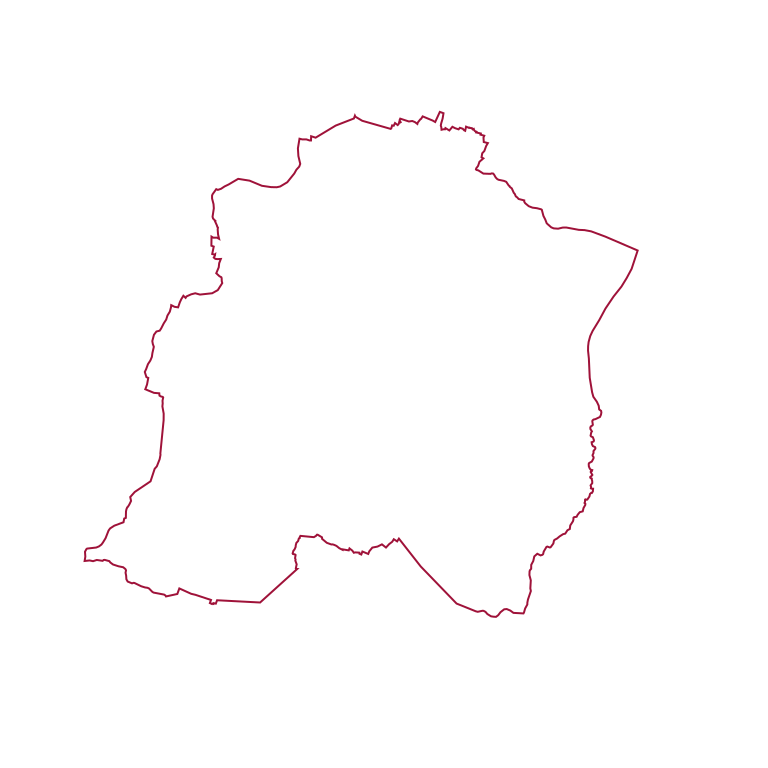 outline of Kae Dam, Maha Sarakham, Thailand, rotated 20°
{"feature_id": "78962969B5401688500865", "entity_name": "Kae Dam", "entity_type": "district", "adm_level": 2, "iso_a3": "THA", "parent_name": "Thailand", "parent_adm1": "Maha Sarakham", "projection": "robinson", "projection_center": [103.406, 16.054], "detail": "fine", "context": "isolated", "style": "outline", "palette": "rose", "viewbox_px": 768, "rotation_deg": 20, "n_neighbors": 0, "source": "geoboundaries", "source_scale": "gbopen_adm2", "svg_char_len": 6165}
<svg xmlns="http://www.w3.org/2000/svg" viewBox="0 0 768 768"><g transform="rotate(20 384 384)"><path d="M576.7,171.8L541.6,169.8L526.5,169.7L519.8,170.8L514.4,172.5L501.8,174.6L498.4,175.9L494.5,178.5L490.3,179.7L487.6,179.6L482.0,177.4L479.3,174.3L476.3,171.5L472.7,166.3L471.9,166.1L467.6,166.5L463.2,167.5L459.2,167.4L454.8,165.8L453.4,164.7L453.0,163.5L447.2,164.1L445.4,163.1L443.7,162.6L441.8,160.6L440.6,160.0L437.2,156.5L434.8,155.7L434.3,155.1L433.4,154.9L429.7,152.2L427.3,152.1L421.8,152.9L420.3,152.7L418.3,151.7L415.7,149.5L414.5,148.9L412.9,149.4L412.2,150.1L405.4,152.3L399.6,151.0L397.7,151.2L397.0,150.9L396.9,149.8L397.8,146.9L397.7,142.5L400.2,138.0L398.1,137.6L397.4,133.6L398.6,130.7L398.6,125.4L399.2,122.1L395.0,122.5L393.2,118.4L393.3,116.4L389.4,116.7L389.3,115.5L384.6,116.1L384.6,115.3L383.1,115.3L381.8,114.6L381.1,113.6L380.5,114.2L380.3,113.9L379.7,114.1L379.1,113.5L376.5,114.2L376.4,113.9L375.1,114.2L373.1,114.1L373.7,118.3L372.6,118.2L370.7,117.2L367.7,117.3L367.0,119.2L363.3,119.3L360.3,118.9L358.7,123.4L354.2,122.5L354.2,123.8L352.8,124.3L351.1,125.4L349.9,122.9L349.0,121.8L348.6,119.5L348.3,114.6L347.3,109.2L343.4,109.2L342.5,120.3L339.6,119.8L328.8,119.3L328.2,122.1L327.6,122.9L326.3,126.8L326.4,128.2L323.4,127.3L320.6,127.2L317.6,128.8L308.5,129.1L308.4,130.8L310.1,132.3L309.7,132.8L308.7,132.8L308.9,134.4L308.3,136.0L305.1,135.0L304.8,138.0L303.2,138.2L303.4,141.4L303.0,142.0L273.5,144.1L265.7,142.6L264.9,141.8L264.9,144.8L250.2,157.7L235.5,175.9L230.8,176.1L232.1,180.1L230.7,180.6L227.5,180.7L223.6,182.1L220.7,182.4L222.5,192.0L225.6,199.1L230.0,205.8L230.0,208.7L228.4,212.6L227.7,216.9L224.1,227.5L218.9,233.9L215.9,235.8L210.6,237.6L201.5,239.5L188.1,238.9L176.8,241.1L169.8,249.6L166.6,252.9L164.1,256.3L161.5,258.4L159.7,258.3L158.0,264.4L158.0,265.8L159.0,268.5L162.3,273.3L164.0,277.1L165.7,285.5L166.8,287.0L169.1,288.1L168.9,288.2L172.9,292.3L173.5,293.3L174.4,293.7L174.9,295.8L176.9,300.2L179.4,304.0L177.1,303.6L173.5,304.9L171.5,304.5L174.5,313.1L177.0,313.1L178.1,320.6L180.5,320.4L180.9,319.8L181.2,321.2L180.8,323.4L182.7,324.1L184.8,323.6L187.9,322.3L187.8,326.8L188.8,330.9L188.5,337.3L192.5,339.0L194.6,339.3L195.2,340.0L196.4,342.9L197.5,344.5L195.7,352.6L191.5,357.5L180.5,362.9L175.6,363.3L172.1,365.7L168.5,369.2L168.1,370.9L165.3,369.7L164.5,373.6L164.2,377.1L164.3,382.4L160.8,383.1L157.1,382.7L157.6,384.7L158.0,389.3L157.1,393.7L157.3,397.9L156.3,402.3L155.6,408.0L155.0,410.6L152.2,412.5L151.0,416.4L151.6,422.9L153.1,425.5L155.0,427.8L155.8,434.2L156.6,437.9L156.4,441.9L155.4,446.1L155.4,451.4L155.1,454.5L158.4,458.8L160.4,458.9L161.5,465.5L161.5,470.6L170.9,471.0L176.0,469.6L177.0,471.7L178.7,472.0L180.5,471.8L181.1,472.2L181.6,475.5L182.7,478.0L183.4,480.8L187.1,487.2L189.3,493.4L197.6,525.8L198.2,527.0L198.9,531.4L198.7,539.1L197.5,542.1L197.9,555.3L186.7,570.7L184.2,577.0L186.3,580.4L185.9,584.4L185.3,587.1L184.9,587.7L184.8,589.7L185.1,591.9L187.2,598.1L185.9,599.3L186.5,603.0L179.0,609.4L176.0,613.4L175.3,615.9L175.1,624.1L174.1,629.1L173.4,631.5L171.7,634.1L169.5,636.1L161.3,640.2L160.8,641.0L160.4,643.9L162.4,648.4L163.2,652.7L167.7,650.5L171.2,650.0L174.3,647.6L180.1,646.4L180.7,645.3L181.7,644.8L186.5,644.4L187.8,645.3L191.1,646.3L196.8,646.1L201.6,645.4L204.2,646.3L205.3,647.3L205.7,649.8L207.2,652.2L208.7,655.6L210.7,657.3L215.4,657.5L216.5,656.6L217.5,656.3L225.0,657.1L229.1,656.9L231.4,656.4L233.1,656.5L237.5,658.6L238.9,658.8L249.4,657.1L251.0,657.5L251.8,658.2L261.6,652.0L261.6,646.1L274.6,647.1L278.9,646.6L295.3,646.1L295.3,649.4L297.6,649.6L297.8,649.0L299.0,649.0L299.0,648.2L301.1,647.9L301.1,644.3L342.3,631.7L365.7,587.5L364.6,587.8L364.2,587.5L363.6,583.3L361.1,580.3L360.9,579.1L360.0,578.1L359.4,574.9L358.6,574.6L356.6,574.9L356.1,574.5L355.9,571.7L356.5,570.0L356.7,567.4L356.2,565.6L356.0,563.3L357.0,560.9L356.8,558.3L357.5,557.6L357.2,556.6L357.4,555.3L370.5,551.9L372.1,549.9L372.5,548.6L373.2,548.3L378.2,549.3L378.8,550.7L384.6,552.8L389.4,552.8L390.5,552.3L392.2,552.2L394.7,552.4L398.2,553.6L401.9,554.0L401.8,553.5L407.8,552.4L407.8,550.3L411.2,551.4L413.4,552.9L414.5,552.1L418.1,551.0L418.6,550.9L419.0,551.9L421.0,552.0L421.0,548.8L427.3,549.1L427.4,546.2L429.0,541.7L433.5,539.0L436.9,535.4L441.8,537.0L443.6,532.7L445.7,529.4L446.3,526.5L450.2,527.4L450.9,524.2L480.9,542.9L527.3,565.5L548.0,566.2L550.0,566.0L554.1,563.4L555.2,563.1L557.3,563.4L559.8,564.8L564.0,565.7L566.5,565.2L568.9,564.5L570.4,562.2L571.5,558.6L574.0,554.6L576.3,553.5L580.2,553.7L583.9,554.8L593.5,551.9L593.7,550.7L593.4,546.7L594.1,542.2L593.5,540.5L593.0,537.4L592.8,528.3L591.4,526.0L589.1,518.3L586.0,513.8L584.9,510.4L584.8,509.2L585.5,507.3L584.2,503.6L584.8,499.3L584.2,494.6L586.1,491.1L589.8,491.5L591.3,490.3L591.7,489.4L591.4,486.8L592.4,481.5L593.1,480.9L595.8,480.9L596.4,480.4L597.7,476.0L597.3,473.2L597.5,472.2L599.5,470.0L601.1,467.2L603.6,463.9L605.5,462.6L606.4,458.7L608.2,456.7L607.4,453.2L608.5,448.4L608.4,446.8L607.8,444.8L608.2,444.1L610.4,442.9L610.7,440.6L611.8,437.5L614.3,435.7L613.9,432.3L614.5,428.8L614.2,427.7L613.1,427.2L613.2,426.1L612.5,423.8L612.7,423.5L614.2,423.4L614.6,423.0L615.5,419.5L615.2,416.8L616.0,415.4L616.6,415.3L617.0,413.5L616.3,410.9L614.8,411.4L614.1,411.3L613.9,410.1L612.8,408.6L613.6,405.9L612.8,403.9L611.9,402.7L611.6,401.8L610.2,401.7L609.7,401.2L609.6,400.6L610.4,399.6L610.9,398.2L608.3,396.0L608.3,395.5L609.1,394.8L609.1,393.7L607.5,393.8L606.3,393.1L604.7,391.4L603.7,389.1L603.8,388.1L605.8,385.8L606.3,382.3L606.0,381.1L604.5,380.0L604.3,379.4L604.5,377.2L603.8,375.4L604.7,372.6L604.6,371.9L603.9,371.1L601.5,370.9L600.0,369.5L599.0,367.7L600.5,366.5L600.7,365.7L600.5,365.0L598.5,362.6L596.5,362.4L595.8,361.9L595.3,358.6L595.6,357.4L593.4,355.8L592.8,354.5L592.8,353.2L594.0,351.7L594.2,350.9L592.4,347.6L592.5,346.7L593.1,345.7L594.7,344.7L598.2,341.1L598.4,338.6L598.0,336.4L597.2,335.0L594.9,334.3L593.2,331.0L590.1,327.9L585.1,324.4L582.4,320.6L575.2,307.8L567.8,290.0L564.3,282.8L562.9,278.7L561.9,274.5L561.4,268.4L561.9,262.7L564.4,250.4L566.3,237.4L569.8,223.3L573.8,211.3L575.8,201.5L577.3,191.1L576.7,171.8Z" fill="none" stroke="#9f1239" stroke-width="2"/></g></svg>